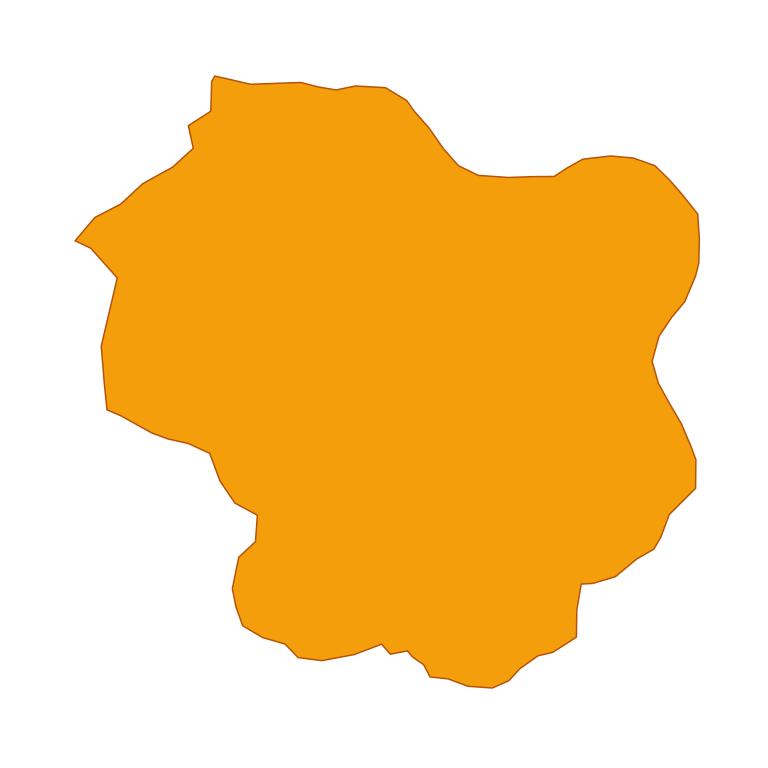 Agia Anna, Larnaca, Cyprus (Equal Earth projection), rotated 274°
{"feature_id": "46923920B8149525984210", "entity_name": "Agia Anna", "entity_type": "district", "adm_level": 2, "iso_a3": "CYP", "parent_name": "Cyprus", "parent_adm1": "Larnaca", "projection": "equal_earth", "projection_center": [33.489, 34.939], "detail": "fine", "context": "isolated", "style": "filled", "palette": "amber", "viewbox_px": 768, "rotation_deg": 274, "n_neighbors": 0, "source": "geoboundaries", "source_scale": "gbopen_adm2", "svg_char_len": 1313}
<svg xmlns="http://www.w3.org/2000/svg" viewBox="0 0 768 768"><g transform="rotate(274 384 384)"><path d="M238.2,664.8L250.8,670.9L273.7,677.7L301.7,702.1L303.3,702.0L330.3,700.4L336.6,697.5L341.7,695.3L365.1,683.4L384.3,670.3L403.5,657.8L425.3,649.9L450.8,655.0L470.5,666.3L487.1,678.3L513.6,687.3L526.6,689.6L550.5,688.5L575.4,685.1L594.1,668.0L607.6,654.4L620.6,639.1L626.8,617.0L627.3,594.3L622.1,566.6L611.7,550.7L602.9,539.3L601.3,518.4L598.7,494.0L598.7,463.4L607.0,443.0L622.6,427.1L642.9,410.7L657.9,395.4L668.3,386.9L679.7,364.8L679.3,334.6L674.0,315.8L675.7,298.0L679.0,279.9L676.0,251.9L673.7,229.8L679.4,193.8L673.8,191.0L644.1,192.2L628.1,170.8L605.8,177.3L585.5,157.9L567.0,129.3L545.1,108.8L530.0,84.0L505.3,65.9L499.0,82.0L471.2,110.5L402.0,99.3L364.7,105.0L338.9,109.5L334.0,123.6L319.0,155.6L314.1,172.4L311.0,192.9L302.6,215.0L275.7,227.2L254.8,243.6L244.3,266.8L217.8,266.8L201.1,251.2L169.3,247.0L151.2,251.9L133.0,259.9L122.6,280.5L117.7,303.4L105.1,317.4L103.7,341.4L112.1,373.4L124.3,399.7L114.9,409.2L119.4,426.0L113.5,431.7L106.8,443.1L95.0,450.4L94.3,468.6L88.3,488.8L88.3,501.4L88.3,513.2L96.7,529.2L109.6,539.5L123.6,556.6L128.1,571.1L144.9,593.6L172.1,592.1L198.2,594.7L199.6,606.2L208.0,628.3L226.9,648.1L238.2,664.8Z" fill="#f59e0b" stroke="#b45309" stroke-width="1.5"/></g></svg>